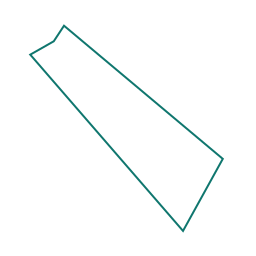 14, Ad Dawhah, Qatar (Equal Earth projection), rotated 266°
{"feature_id": "91078587B44176615316419", "entity_name": "14", "entity_type": "district", "adm_level": 2, "iso_a3": "QAT", "parent_name": "Qatar", "parent_adm1": "Ad Dawhah", "projection": "equal_earth", "projection_center": [51.529, 25.277], "detail": "fine", "context": "isolated", "style": "outline", "palette": "teal", "viewbox_px": 256, "rotation_deg": 266, "n_neighbors": 0, "source": "geoboundaries", "source_scale": "gbopen_adm2", "svg_char_len": 232}
<svg xmlns="http://www.w3.org/2000/svg" viewBox="0 0 256 256"><g transform="rotate(266 128 128)"><path d="M21.5,175.7L90.6,220.4L234.5,71.3L219.7,60.0L208.0,35.6L21.5,175.7Z" fill="none" stroke="#0f766e" stroke-width="2"/></g></svg>